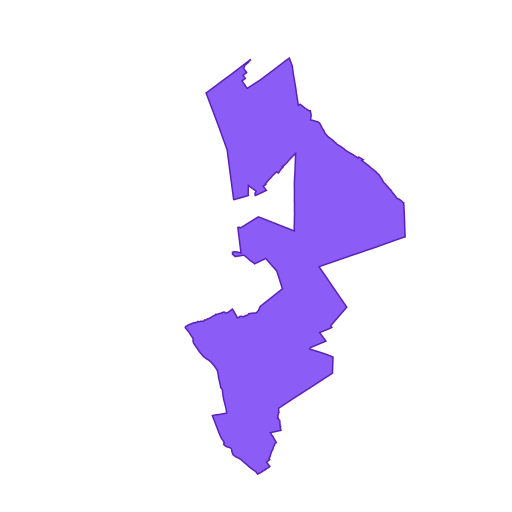 Mazapiltepec de Juárez, Puebla, Mexico (Mercator projection), rotated 30°
{"feature_id": "50627088B71647640218880", "entity_name": "Mazapiltepec de Juárez", "entity_type": "district", "adm_level": 2, "iso_a3": "MEX", "parent_name": "Mexico", "parent_adm1": "Puebla", "projection": "mercator", "projection_center": [-97.694, 19.145], "detail": "fine", "context": "isolated", "style": "filled", "palette": "violet", "viewbox_px": 512, "rotation_deg": 30, "n_neighbors": 0, "source": "geoboundaries", "source_scale": "gbopen_adm2", "svg_char_len": 6076}
<svg xmlns="http://www.w3.org/2000/svg" viewBox="0 0 512 512"><g transform="rotate(30 256 256)"><path d="M300.7,119.0L295.5,118.9L295.0,119.7L295.2,120.2L289.5,119.8L283.6,119.8L279.7,119.6L278.9,119.2L276.3,119.0L275.2,118.8L273.8,118.8L272.0,118.8L270.5,118.7L269.8,118.7L269.5,118.7L269.3,118.6L268.8,118.2L267.4,118.1L267.0,118.1L265.9,117.6L265.4,117.6L264.8,117.3L264.4,117.2L263.7,117.3L259.2,116.7L258.3,116.5L257.0,116.1L255.3,115.5L254.1,115.1L252.1,113.5L249.6,112.3L245.6,109.6L244.6,109.2L243.1,108.8L237.2,110.2L235.2,110.9L233.4,106.5L230.4,103.0L229.5,103.7L226.4,103.5L224.9,103.5L218.4,102.5L217.3,104.3L210.2,95.5L209.8,95.1L206.7,91.0L202.1,85.4L198.4,81.0L196.2,78.3L192.6,73.5L185.9,67.9L184.0,72.1L177.7,87.3L176.5,89.9L175.4,92.7L173.6,96.8L172.8,98.8L171.0,102.7L168.5,107.6L167.7,109.2L166.8,110.9L165.3,113.7L164.6,115.3L160.6,113.5L160.7,113.4L156.3,111.4L158.0,107.6L154.4,106.0L156.2,101.8L156.1,101.7L151.4,99.7L151.1,96.0L151.7,94.6L152.6,92.1L152.6,91.4L152.6,90.6L153.2,89.0L152.9,88.9L143.2,112.3L139.0,121.7L135.7,129.7L135.6,129.8L131.6,139.1L131.2,139.7L158.0,161.7L176.4,177.2L177.9,178.4L183.7,186.1L208.4,218.3L209.2,217.8L212.2,214.6L213.3,213.6L215.4,211.4L217.6,209.1L219.1,207.5L218.9,207.4L214.1,198.7L223.7,199.8L223.9,202.6L225.2,204.0L231.7,194.8L232.2,194.0L227.3,192.0L228.7,189.2L228.1,189.0L228.9,183.9L229.2,182.6L229.4,182.0L229.6,181.3L229.8,180.0L230.0,179.3L230.1,178.0L230.6,176.7L231.0,175.5L231.2,174.3L231.7,172.8L234.0,172.9L234.2,168.6L235.0,165.4L234.0,165.2L235.2,163.1L235.9,160.6L236.6,156.8L236.9,155.2L237.2,154.4L237.5,152.8L239.0,147.3L242.6,154.1L244.1,157.0L248.3,164.8L250.0,168.4L252.7,173.6L255.1,177.7L255.9,179.0L257.8,182.2L258.9,184.2L259.3,184.9L261.8,189.2L261.8,189.3L262.9,191.0L264.0,192.8L264.8,194.3L265.1,194.8L266.6,197.5L267.6,199.0L272.8,208.4L273.3,209.3L274.4,211.5L275.6,213.5L275.8,213.5L276.8,215.1L276.6,215.2L274.8,215.4L264.0,217.1L258.3,217.9L238.5,220.9L237.3,223.0L234.5,228.3L233.5,230.1L231.9,233.1L230.8,235.3L228.3,239.8L227.2,239.4L226.0,240.4L241.5,260.9L239.0,261.5L236.8,262.3L235.0,263.2L233.7,264.5L234.6,265.6L234.7,266.2L238.2,266.9L242.1,263.8L243.2,262.8L245.1,261.4L247.3,261.6L252.3,262.6L253.0,262.8L253.5,262.9L257.2,263.1L258.7,263.5L265.7,253.3L273.1,255.8L278.1,257.5L281.5,258.6L295.3,271.2L284.9,297.4L285.1,299.9L285.4,301.5L285.0,304.0L284.5,305.3L283.7,306.0L282.4,306.6L278.6,309.5L278.6,310.2L278.4,310.5L278.4,311.0L278.1,311.7L277.6,312.3L277.1,312.4L276.6,312.9L276.4,313.2L276.4,313.5L276.3,314.1L276.0,314.5L275.6,314.7L275.4,314.9L274.5,315.3L273.7,315.5L272.4,316.2L272.2,316.5L272.2,317.0L272.1,317.5L271.9,317.8L271.7,317.8L271.6,318.0L271.0,318.4L270.4,318.9L269.7,318.1L266.5,316.2L262.1,313.7L261.9,314.0L260.4,317.9L259.9,318.9L259.5,319.4L258.4,320.5L258.0,320.7L257.6,320.6L257.0,320.3L256.5,320.5L256.2,320.8L255.8,320.9L255.5,321.2L255.3,322.0L255.1,322.2L254.6,322.3L254.4,322.7L254.3,323.2L254.0,323.5L253.0,324.1L251.9,325.6L251.4,326.2L251.1,326.3L250.7,326.3L250.3,326.5L250.4,327.2L250.3,327.6L249.5,328.4L248.1,331.0L247.4,332.4L247.1,332.7L246.4,333.8L245.9,334.2L245.3,334.9L244.9,335.8L244.7,336.5L243.6,337.0L243.3,337.3L243.3,338.0L243.2,338.7L242.7,339.0L241.1,339.9L240.5,340.4L240.2,340.9L239.9,341.2L239.3,341.5L238.8,341.6L238.4,341.7L238.2,342.0L238.1,342.5L237.9,343.1L236.8,343.9L236.4,344.6L235.5,344.8L234.9,345.7L234.5,346.1L234.2,346.7L233.9,347.2L233.4,347.6L232.9,348.1L232.6,348.9L231.7,349.8L230.3,352.4L230.6,353.5L232.4,354.1L236.2,355.6L240.2,357.7L242.3,358.7L242.9,359.0L243.6,360.7L245.3,362.5L246.4,363.1L249.0,364.3L254.9,367.2L260.6,369.3L264.2,369.8L264.4,369.8L264.6,369.8L266.3,369.8L267.6,369.9L268.1,370.0L270.2,370.4L273.0,371.4L274.7,372.0L277.6,373.3L279.0,374.0L280.1,374.9L281.8,376.6L282.4,377.5L283.3,378.5L284.3,380.0L285.4,381.1L286.1,381.8L287.0,382.8L287.8,383.7L288.8,384.8L289.7,385.7L291.2,387.6L293.5,388.4L295.4,391.0L298.6,395.1L299.2,395.8L306.0,402.8L309.2,406.7L302.1,412.7L301.8,412.7L300.4,413.9L298.0,416.0L311.2,426.7L315.4,430.0L316.0,430.3L317.6,431.5L319.2,432.0L320.3,432.6L320.8,433.1L321.5,433.2L322.0,433.5L322.1,433.8L321.9,434.4L322.1,434.9L322.3,435.3L323.2,435.6L324.6,435.9L326.6,435.8L327.7,435.3L329.9,435.0L331.0,435.2L331.7,435.9L332.4,437.0L333.4,437.8L334.5,438.8L335.5,439.6L338.1,440.0L340.1,440.0L341.6,439.7L343.4,439.8L344.4,439.7L345.6,440.1L347.2,440.3L349.3,440.8L351.0,441.0L356.5,442.2L363.6,442.9L366.5,444.1L367.2,442.8L367.5,442.3L368.0,441.8L368.2,441.5L369.0,440.0L369.7,438.4L370.1,437.9L371.1,436.0L371.5,434.8L372.8,432.6L373.2,431.3L368.2,429.3L368.7,428.0L369.2,426.9L369.7,425.5L368.5,425.1L368.6,423.6L368.2,421.7L367.8,420.1L367.2,416.7L367.3,415.6L366.5,411.9L366.6,411.3L366.6,410.6L366.1,409.0L366.9,407.4L365.1,406.4L360.8,403.9L358.3,402.7L356.8,401.8L364.8,394.5L363.9,393.7L363.4,393.0L362.8,392.3L362.5,391.2L361.8,391.2L360.9,389.6L360.1,388.6L359.7,387.8L359.3,387.3L359.0,386.8L358.5,386.5L357.9,386.4L357.5,386.2L357.1,386.1L357.0,385.8L356.0,385.5L355.9,385.5L356.1,385.2L355.2,384.7L355.2,383.8L354.6,383.0L354.4,381.7L354.1,380.9L353.7,380.4L354.1,380.0L353.4,379.3L353.3,379.0L351.7,376.5L359.5,360.9L369.3,341.9L380.8,319.2L373.2,305.0L367.2,305.8L361.6,306.9L349.3,309.7L348.8,308.4L359.1,294.7L349.4,290.5L355.4,282.8L357.4,280.0L355.4,278.9L356.0,276.7L360.2,254.9L335.8,243.3L322.2,236.7L316.1,233.9L316.0,233.6L329.9,217.6L333.4,213.5L336.1,210.5L336.9,209.5L338.7,207.4L344.0,201.5L344.8,200.5L349.3,195.3L352.8,191.4L356.3,187.4L358.9,184.2L363.3,179.1L368.5,172.9L370.2,171.0L374.5,166.0L375.6,164.9L372.8,160.5L363.7,145.9L357.3,136.0L356.6,136.2L355.5,135.9L354.5,135.6L351.7,135.2L350.6,135.4L349.5,135.6L348.4,135.2L345.0,133.7L342.1,132.7L339.4,131.3L337.2,130.9L335.6,130.1L334.8,130.0L331.8,128.9L330.2,128.6L329.1,128.1L327.6,127.1L326.7,126.5L324.3,125.4L322.3,124.3L320.4,123.8L319.2,123.7L318.1,123.2L317.4,123.1L316.0,122.8L310.5,122.0L307.6,121.3L305.6,121.2L304.5,121.0L301.9,120.7L300.8,120.6L299.8,120.5L300.7,119.0Z" fill="#8b5cf6" stroke="#5b21b6" stroke-width="1.5"/></g></svg>